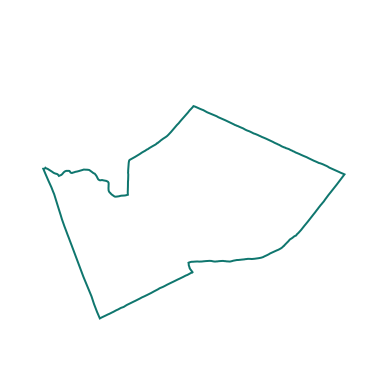 outline of Saphan Sung, Bangkok Metropolis, Thailand, rotated 61°
{"feature_id": "78962969B37896231251268", "entity_name": "Saphan Sung", "entity_type": "district", "adm_level": 2, "iso_a3": "THA", "parent_name": "Thailand", "parent_adm1": "Bangkok Metropolis", "projection": "equal_earth", "projection_center": [100.689, 13.765], "detail": "fine", "context": "isolated", "style": "outline", "palette": "teal", "viewbox_px": 384, "rotation_deg": 61, "n_neighbors": 0, "source": "geoboundaries", "source_scale": "gbopen_adm2", "svg_char_len": 5986}
<svg xmlns="http://www.w3.org/2000/svg" viewBox="0 0 384 384"><g transform="rotate(61 192 192)"><path d="M99.8,308.5L100.1,309.0L99.9,310.1L99.6,310.8L105.2,311.4L112.4,312.1L119.9,312.7L124.2,313.3L127.0,313.6L138.5,316.0L141.9,316.7L148.8,318.1L152.9,319.0L154.1,319.2L158.3,319.9L160.0,320.2L164.2,320.8L166.2,321.1L168.8,321.5L173.2,322.1L175.8,322.5L180.7,323.2L213.6,328.1L234.6,330.5L242.4,332.0L250.9,333.2L257.9,333.9L257.9,332.1L258.0,330.5L258.1,328.9L258.2,327.4L258.3,325.1L258.5,323.2L258.6,320.3L258.7,318.7L258.7,317.1L258.7,316.0L258.8,314.5L258.9,313.7L258.9,311.7L258.9,310.7L259.0,309.7L259.1,309.3L259.3,308.1L259.4,307.4L259.2,303.9L259.3,301.9L259.4,300.0L259.6,295.8L259.7,294.7L259.7,294.4L259.9,289.4L259.9,287.3L259.9,286.9L260.1,284.7L260.2,283.3L260.2,282.7L260.3,281.8L260.3,281.4L260.4,279.1L260.5,276.8L260.5,273.5L260.6,269.3L260.6,268.3L260.6,268.1L260.5,267.6L260.5,266.8L260.7,265.1L260.9,263.5L261.0,260.7L261.0,259.0L261.2,254.9L261.4,251.7L261.6,247.2L261.8,244.5L262.0,240.5L262.0,239.3L262.1,237.5L262.3,236.3L262.3,235.4L262.3,233.9L262.3,232.0L262.4,231.3L262.6,230.9L262.4,230.4L261.5,230.5L260.2,230.7L258.8,230.9L257.8,231.0L257.1,230.9L256.8,230.7L256.5,230.7L254.4,230.3L254.0,230.1L253.4,229.8L253.0,229.6L252.2,229.4L252.2,228.8L252.5,227.4L252.7,226.5L253.8,224.3L254.0,223.8L254.2,223.4L255.3,221.1L256.4,219.4L257.6,217.0L258.3,215.3L259.0,213.7L259.7,212.2L259.9,211.8L260.6,210.3L261.6,208.6L262.4,207.7L263.0,207.0L263.4,206.5L263.7,206.1L264.0,205.6L264.4,204.8L264.6,204.2L264.9,203.7L265.5,202.1L266.8,199.3L267.5,198.0L268.0,197.4L268.7,196.3L269.2,195.7L269.8,194.8L270.1,194.3L271.0,192.9L271.2,192.6L271.5,191.7L271.8,190.6L272.1,189.2L272.5,188.0L273.0,186.5L273.1,186.2L273.2,185.8L273.5,185.3L273.9,184.5L275.5,180.7L276.2,179.1L276.6,177.9L276.8,177.5L277.2,176.5L277.6,175.4L278.1,174.6L279.1,172.9L279.5,172.4L279.9,171.5L280.3,170.6L280.6,169.9L280.7,169.7L282.0,166.3L282.5,164.9L283.0,163.3L283.4,161.3L283.4,160.0L283.6,157.5L283.7,155.1L283.6,153.5L284.2,145.8L284.3,145.4L284.4,144.0L284.4,141.6L284.2,139.9L283.7,138.2L283.6,137.8L283.7,137.7L283.5,137.2L283.0,135.7L282.9,135.4L281.7,131.3L281.2,130.1L280.9,128.9L280.9,127.8L280.8,126.6L280.6,125.3L280.5,125.0L280.4,124.6L280.4,124.2L280.4,123.0L280.5,121.9L279.9,120.9L279.4,118.8L278.1,115.0L276.2,110.5L274.2,105.4L270.6,96.9L269.5,94.2L268.9,92.9L268.2,91.3L267.5,89.6L267.3,89.3L266.4,87.1L265.9,86.0L265.5,84.8L265.3,84.3L264.7,82.8L264.2,81.4L263.5,80.0L263.0,79.0L262.7,78.3L260.7,73.9L259.4,70.7L258.6,68.8L255.6,61.6L250.5,50.1L249.4,50.9L246.9,52.9L246.4,53.2L237.2,60.1L235.5,61.0L234.3,61.8L233.4,62.5L232.6,63.1L232.0,63.5L230.6,64.6L229.0,66.0L228.2,66.9L226.4,68.2L225.2,69.1L223.7,70.3L220.7,72.4L218.6,73.9L218.4,74.0L217.2,74.8L214.2,77.2L212.2,78.7L210.8,79.7L208.9,81.2L207.7,82.2L206.2,83.1L205.4,83.8L204.1,84.6L203.3,85.3L202.2,86.0L201.7,86.3L201.4,86.5L200.5,87.3L200.3,87.5L199.9,87.9L199.5,88.2L199.3,88.5L198.0,89.3L197.8,89.7L197.6,89.8L195.7,91.3L193.2,92.8L191.8,93.9L191.0,94.4L190.0,95.2L188.9,96.0L187.3,97.0L185.1,98.6L181.1,101.5L178.8,103.3L178.0,104.0L177.7,104.2L177.4,104.4L176.4,105.1L175.5,105.8L175.1,106.1L174.2,106.7L172.8,107.8L171.7,108.7L171.5,108.9L171.0,109.4L170.4,109.9L169.9,110.2L168.7,111.0L166.6,112.5L164.9,114.0L163.4,115.1L162.4,115.7L161.4,116.3L161.2,116.4L158.3,118.7L156.5,120.0L155.8,120.7L155.4,120.9L154.6,121.6L154.0,122.1L153.3,122.5L151.3,123.9L145.4,128.1L139.9,132.3L139.7,132.5L139.4,132.7L137.7,133.7L129.5,140.2L129.3,140.3L127.7,141.3L125.9,142.4L124.6,143.5L123.1,144.7L120.3,146.8L118.6,148.1L117.6,149.1L117.9,149.8L118.1,150.2L118.9,152.6L119.3,154.0L119.7,155.1L120.5,156.9L121.2,158.9L122.5,162.5L123.8,166.2L124.7,168.6L125.4,170.3L126.1,172.7L129.3,181.2L130.5,184.9L130.9,186.4L131.0,186.8L131.2,188.4L131.4,191.5L131.8,194.6L132.1,195.8L132.2,196.6L132.3,197.6L132.5,197.9L132.5,198.2L132.5,198.8L132.4,198.9L132.4,199.2L132.5,199.5L132.7,199.9L132.8,200.9L132.8,203.9L132.8,204.2L132.9,207.8L132.9,208.3L133.0,208.6L133.0,209.0L133.1,209.4L133.1,209.7L133.1,210.3L133.0,210.7L133.0,211.0L133.1,211.7L133.1,212.3L133.2,212.7L133.2,214.8L133.2,216.2L133.3,217.5L133.4,218.4L133.5,219.9L133.7,224.8L133.7,226.8L133.7,229.0L133.7,230.7L133.7,231.0L133.8,231.1L133.9,231.4L134.1,231.7L134.3,232.0L135.8,233.2L138.1,234.7L141.0,236.6L142.1,237.3L142.7,237.7L143.0,237.8L143.3,238.0L144.0,238.5L144.7,238.8L145.9,239.3L146.9,239.9L148.6,240.9L150.8,242.2L151.3,242.6L153.0,243.6L155.3,244.9L157.2,246.0L157.5,246.2L158.5,246.8L159.1,247.1L159.7,247.5L160.7,248.1L161.8,248.7L163.0,249.3L163.3,249.4L162.9,251.2L162.5,252.4L161.7,254.1L161.0,255.5L160.6,256.7L160.4,257.7L159.7,259.6L159.2,260.8L158.8,261.5L158.4,261.9L157.3,262.5L156.3,262.9L155.4,263.4L154.4,263.7L153.8,263.9L153.3,263.9L153.2,263.9L153.0,264.0L152.6,264.2L152.3,264.3L150.9,264.3L150.3,264.2L148.8,263.5L148.0,263.1L146.9,262.4L145.5,261.6L145.1,261.3L144.3,260.9L143.8,260.6L143.3,260.5L143.1,260.5L142.9,260.5L142.6,260.5L142.0,260.7L141.4,261.1L140.9,261.6L140.6,261.7L140.4,262.0L138.9,263.8L138.2,264.6L138.0,264.8L137.9,264.9L137.7,265.5L137.5,266.2L136.9,267.1L136.4,267.4L135.7,267.8L135.0,267.9L134.5,267.9L132.7,267.8L131.3,267.8L130.0,268.0L128.8,268.2L128.2,268.7L128.0,268.8L127.4,269.2L126.2,269.7L123.4,271.0L123.0,271.2L122.7,271.5L122.0,272.4L121.8,272.7L121.8,272.8L121.1,273.8L120.7,274.5L120.3,275.2L119.9,275.8L119.8,276.3L119.5,277.8L119.1,279.5L118.9,280.5L118.4,282.5L117.8,284.3L117.7,285.1L117.4,286.6L117.3,286.9L117.2,287.5L117.2,287.8L116.7,288.3L116.3,288.7L116.0,288.8L114.5,288.9L114.2,289.0L113.7,289.6L112.6,291.7L112.5,292.1L112.4,292.6L112.4,293.4L112.5,294.0L112.6,294.6L112.9,295.4L113.2,296.2L113.5,297.0L113.7,298.0L113.4,300.6L113.2,300.6L112.7,300.7L112.0,300.8L111.6,300.9L111.2,301.1L110.9,301.3L110.5,301.6L110.1,302.1L109.6,302.6L108.6,303.4L108.0,303.8L106.5,304.5L101.9,307.0L100.3,308.3L99.8,308.5Z" fill="none" stroke="#0f766e" stroke-width="2"/></g></svg>